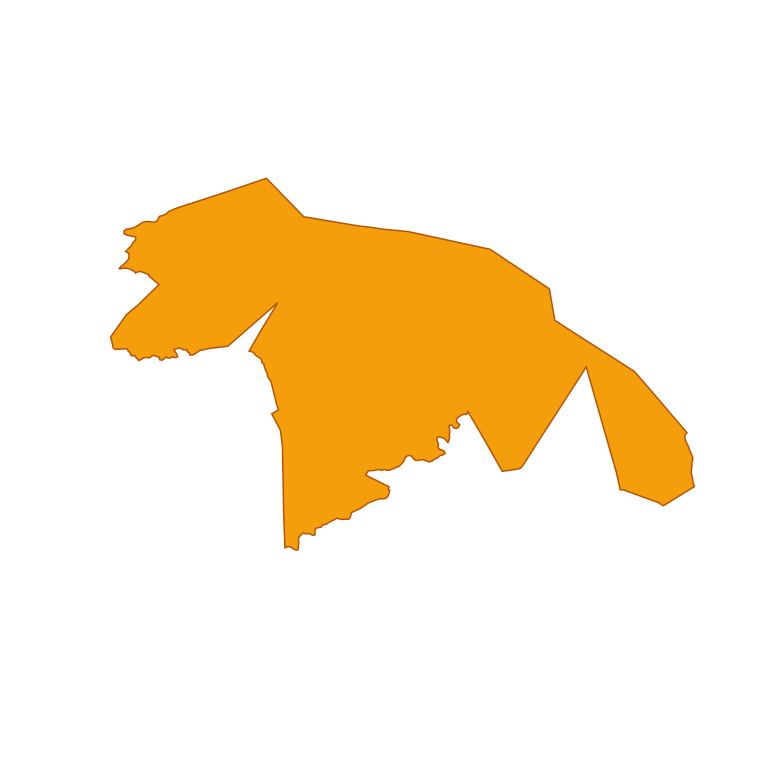 the district of Granja, Ceará, Brazil, rotated 45°
{"feature_id": "56859067B39466543976812", "entity_name": "Granja", "entity_type": "district", "adm_level": 2, "iso_a3": "BRA", "parent_name": "Brazil", "parent_adm1": "Ceará", "projection": "natural_earth1", "projection_center": [-40.989, -3.264], "detail": "fine", "context": "isolated", "style": "filled", "palette": "amber", "viewbox_px": 768, "rotation_deg": 45, "n_neighbors": 0, "source": "geoboundaries", "source_scale": "gbopen_adm2", "svg_char_len": 3942}
<svg xmlns="http://www.w3.org/2000/svg" viewBox="0 0 768 768"><g transform="rotate(45 384 384)"><path d="M167.1,550.0L169.6,549.5L177.4,540.7L179.6,541.6L182.2,541.5L184.4,542.6L186.2,542.0L187.8,540.2L189.9,540.6L194.2,540.7L194.9,538.1L195.6,535.1L197.6,533.0L199.7,531.3L200.2,527.3L204.0,525.0L206.4,524.1L208.2,525.5L210.3,524.1L211.0,518.5L212.9,518.4L214.7,516.5L215.0,514.3L217.6,513.2L219.0,510.8L216.1,509.4L214.0,508.8L211.2,508.4L212.1,506.1L213.3,504.0L215.4,502.4L218.3,501.6L220.4,499.0L222.0,500.3L223.9,499.6L226.3,500.8L228.0,499.1L229.0,496.8L229.5,493.6L230.1,490.1L231.9,487.9L233.8,484.8L235.8,481.7L241.7,474.2L246.8,467.8L249.5,428.8L251.4,401.4L258.2,429.5L265.3,456.1L267.0,455.1L269.4,453.9L272.9,454.4L276.2,453.9L278.3,453.2L280.3,453.6L282.6,455.2L285.6,455.1L287.2,456.5L291.4,458.3L293.5,458.9L296.8,461.2L299.8,461.8L303.1,462.6L322.3,474.2L327.6,476.8L325.8,484.5L341.6,489.3L343.5,490.0L356.1,499.7L359.4,502.9L362.9,506.3L369.5,512.7L380.9,523.5L383.1,525.7L402.4,544.4L429.8,569.9L430.4,567.9L431.8,566.4L433.4,565.2L436.3,564.7L438.8,563.8L440.4,562.3L439.2,560.5L437.6,558.4L436.2,556.9L434.1,555.1L432.1,552.5L432.0,549.3L432.1,546.7L434.9,545.2L436.6,542.7L438.7,542.0L440.7,541.3L441.9,539.4L440.2,537.9L438.3,535.9L438.3,533.1L439.5,531.4L440.7,529.9L440.3,527.3L442.4,523.6L443.0,520.8L443.4,518.8L445.0,515.1L445.7,512.0L447.4,511.2L450.1,509.5L451.5,507.5L453.9,505.6L454.9,503.7L453.6,500.7L451.9,497.9L452.6,495.9L455.1,489.2L455.8,486.1L456.5,482.3L456.9,479.9L458.1,476.5L459.7,473.0L461.2,469.8L462.5,467.9L465.1,465.4L466.3,462.6L465.8,459.6L463.2,455.1L461.3,455.2L460.3,453.1L435.3,461.4L434.4,456.5L436.6,453.8L438.4,451.9L439.5,449.7L441.2,447.9L443.5,446.6L444.7,444.1L446.6,443.4L448.8,441.2L449.8,438.3L451.2,436.3L451.4,433.9L452.9,432.1L452.9,429.6L452.9,427.3L452.7,424.6L451.2,421.6L451.2,418.7L452.2,416.8L454.6,415.5L457.2,416.0L460.0,415.8L462.4,413.7L463.8,411.4L465.1,409.7L467.1,409.2L468.7,408.1L470.6,407.6L472.4,404.9L472.9,400.9L474.1,398.8L474.3,394.8L475.9,392.2L476.2,389.6L473.6,389.0L471.6,389.7L469.1,391.1L467.1,390.5L465.0,388.1L462.3,386.7L460.2,385.8L459.5,383.0L461.5,381.5L464.0,380.5L466.0,379.7L468.6,380.1L470.6,380.2L469.7,377.8L468.2,375.4L466.5,374.2L465.2,372.2L463.6,370.7L461.8,369.2L459.5,367.6L460.7,365.2L462.5,365.3L464.8,365.6L466.6,364.4L467.3,362.0L466.3,359.1L463.6,359.5L461.1,358.9L460.0,356.7L460.2,353.9L461.1,350.3L462.3,348.7L463.8,346.8L463.0,344.2L487.6,350.6L529.4,362.1L531.5,359.2L536.1,353.1L537.5,351.3L539.0,349.2L540.3,345.8L537.7,333.7L532.6,310.5L527.6,287.3L518.1,243.3L514.9,228.9L555.0,251.2L579.4,264.8L610.3,281.9L626.0,291.8L628.0,289.6L631.1,288.2L646.6,281.0L650.7,279.1L659.2,275.1L661.9,273.9L667.6,272.6L676.0,237.0L674.0,236.1L671.3,234.4L668.9,232.6L666.4,231.0L663.6,229.3L662.2,227.3L660.7,226.0L659.7,224.1L657.4,222.3L656.5,220.2L654.7,218.0L652.1,216.7L649.4,215.5L646.7,214.7L643.3,212.8L639.6,211.7L636.3,210.3L634.1,208.9L632.8,206.7L632.8,204.2L569.5,199.3L552.2,198.1L513.1,206.6L499.2,209.7L478.6,214.2L459.7,218.2L457.0,216.3L433.7,199.8L428.4,200.9L403.2,205.9L385.6,209.4L363.5,213.8L361.6,215.1L358.3,217.3L293.5,259.0L274.0,275.1L263.3,283.0L253.8,290.6L228.5,308.6L221.7,313.4L209.0,322.5L155.4,321.7L131.6,369.8L115.1,402.0L113.0,406.3L109.8,414.1L109.7,418.0L108.0,421.8L106.6,424.4L108.1,428.2L108.1,430.3L106.5,432.6L101.5,436.6L99.1,439.9L97.9,446.0L97.3,448.5L95.8,451.9L92.2,457.1L92.0,459.7L94.2,461.5L97.9,460.0L104.4,455.6L106.7,458.1L106.4,461.3L107.7,465.2L107.5,468.7L107.7,473.1L110.8,472.0L112.6,473.2L114.3,474.9L115.2,477.3L115.4,480.1L115.3,484.5L114.8,487.5L115.2,489.6L116.7,488.2L118.0,486.1L120.4,484.1L123.2,482.3L125.8,481.6L127.7,480.9L129.9,481.2L130.6,478.6L132.2,476.7L133.9,475.8L135.7,474.9L137.5,474.3L139.9,472.9L141.5,473.9L154.6,472.8L154.2,502.2L152.8,516.7L157.4,544.0L163.2,547.5L167.1,550.0Z" fill="#f59e0b" stroke="#b45309" stroke-width="1.5"/></g></svg>